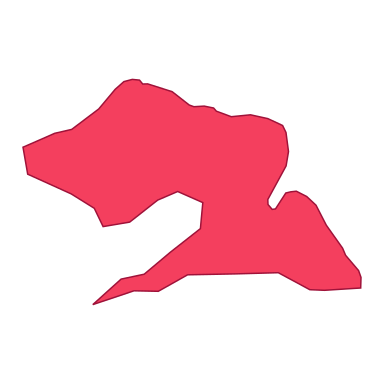 Paxtaabad, Andijon, Uzbekistan (Equal Earth projection)
{"feature_id": "79887680B2052385520334", "entity_name": "Paxtaabad", "entity_type": "district", "adm_level": 2, "iso_a3": "UZB", "parent_name": "Uzbekistan", "parent_adm1": "Andijon", "projection": "equal_earth", "projection_center": [72.425, 40.981], "detail": "fine", "context": "isolated", "style": "filled", "palette": "rose", "viewbox_px": 384, "rotation_deg": 0, "n_neighbors": 0, "source": "geoboundaries", "source_scale": "gbopen_adm2", "svg_char_len": 836}
<svg xmlns="http://www.w3.org/2000/svg" viewBox="0 0 384 384"><path d="M324.5,290.3L360.7,288.0L361.0,277.4L358.6,270.6L345.6,255.3L342.6,248.2L326.3,225.2L316.0,205.2L306.7,196.5L296.3,191.2L290.8,191.8L285.8,193.0L275.5,208.9L272.2,209.4L268.0,204.5L267.8,199.5L286.1,165.9L288.5,151.6L286.0,132.5L282.6,125.5L267.8,118.6L250.5,114.8L231.3,116.7L216.4,111.2L213.6,108.0L204.2,106.1L193.9,106.7L189.2,105.0L172.2,91.7L147.7,83.9L142.7,84.0L139.5,80.1L132.3,79.4L123.9,81.6L115.2,89.3L98.7,109.0L71.7,129.4L54.7,133.3L40.2,139.7L23.0,147.2L27.7,174.2L71.2,193.9L94.3,208.3L103.1,226.6L129.7,222.1L157.7,200.1L177.7,191.5L202.8,202.6L200.4,228.6L170.5,252.1L144.2,274.2L121.1,279.1L92.8,304.6L134.0,290.8L158.3,291.3L187.6,274.8L234.7,273.9L278.3,272.7L309.8,289.7L324.5,290.3Z" fill="#f43f5e" stroke="#9f1239" stroke-width="1.5"/></svg>